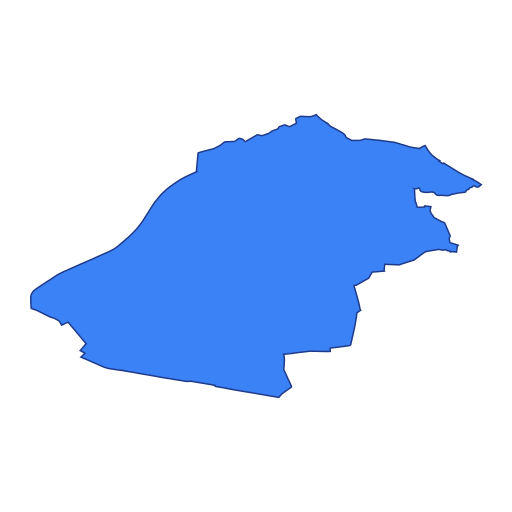 outline of Bērzes pag., Dobele, Latvia
{"feature_id": "27541924B54193972681718", "entity_name": "Bērzes pag.", "entity_type": "district", "adm_level": 2, "iso_a3": "LVA", "parent_name": "Latvia", "parent_adm1": "Dobele", "projection": "robinson", "projection_center": [23.414, 56.655], "detail": "fine", "context": "isolated", "style": "filled", "palette": "blue", "viewbox_px": 512, "rotation_deg": 0, "n_neighbors": 0, "source": "geoboundaries", "source_scale": "gbopen_adm2", "svg_char_len": 5915}
<svg xmlns="http://www.w3.org/2000/svg" viewBox="0 0 512 512"><path d="M279.0,397.2L280.1,395.9L281.2,394.6L282.1,393.7L291.1,387.3L291.5,386.8L291.5,386.3L288.7,380.3L288.6,380.2L287.6,378.0L287.3,377.3L285.6,373.4L283.9,369.9L283.8,369.6L283.9,367.8L284.1,366.1L284.4,359.9L284.3,359.0L284.3,357.9L284.2,357.2L284.1,356.3L284.0,356.1L283.9,355.6L283.7,354.8L283.6,354.7L283.5,354.3L293.1,353.3L293.7,353.1L309.9,351.2L317.9,351.3L319.8,351.4L326.7,351.5L327.8,351.5L330.3,351.4L330.1,348.8L330.3,348.0L333.4,347.7L335.7,347.4L338.5,347.1L338.8,347.1L339.5,346.9L340.2,346.8L343.1,346.5L347.7,345.9L349.6,345.5L350.1,345.3L350.5,345.1L350.7,344.7L354.5,327.8L355.0,325.1L355.1,324.5L356.5,316.5L356.8,312.9L357.0,312.8L360.7,310.2L360.3,309.8L359.7,307.5L359.6,306.6L358.8,303.0L358.6,302.8L358.7,302.6L354.0,285.6L356.1,285.0L356.3,285.2L366.0,279.7L368.7,278.2L369.7,276.4L372.1,272.3L372.2,272.1L384.3,271.1L384.1,270.8L384.7,264.3L395.3,264.7L398.9,264.9L405.9,262.6L411.0,261.0L413.2,260.3L414.1,260.0L414.7,259.6L420.4,255.3L420.7,255.1L423.5,253.1L425.0,252.0L425.4,251.8L425.7,251.7L428.4,251.1L438.7,249.4L442.5,250.1L443.4,250.2L443.6,250.2L444.6,249.8L445.0,249.7L445.5,249.7L446.2,250.0L447.2,250.6L449.0,250.9L450.7,252.0L450.8,251.8L450.9,251.5L456.5,252.1L457.3,246.2L458.2,245.2L449.9,242.6L449.3,239.6L449.2,239.0L449.3,238.5L449.3,238.2L450.0,236.5L450.1,236.2L450.1,235.6L450.0,235.3L449.1,233.3L446.4,226.9L444.8,223.3L444.7,223.1L444.5,222.8L444.3,222.7L444.1,222.5L443.7,222.4L441.9,221.7L441.4,221.5L440.4,221.0L437.1,219.2L434.3,217.7L433.9,217.3L433.5,216.8L433.1,216.2L432.5,215.1L432.3,214.8L432.0,214.5L431.7,214.4L431.2,213.8L430.7,212.0L430.3,211.4L430.1,210.6L430.2,210.0L430.9,206.6L428.2,206.3L424.7,205.9L424.5,206.0L424.5,206.6L424.4,207.1L417.7,207.3L417.2,207.2L416.8,206.0L416.8,205.7L416.1,203.0L415.3,201.7L414.8,195.9L414.5,189.6L414.5,188.8L414.4,188.7L415.0,188.8L415.9,188.8L416.4,188.7L417.0,188.7L417.6,188.3L418.3,188.1L418.8,188.1L419.1,188.2L419.3,188.2L419.5,188.3L419.7,188.6L419.8,189.1L420.0,190.1L420.2,190.4L420.3,190.6L421.1,191.4L421.3,191.5L421.7,191.7L422.3,191.9L423.5,192.1L424.1,192.2L426.2,192.4L426.7,192.4L428.1,192.3L428.9,192.3L430.1,192.1L430.9,192.0L432.3,192.1L433.4,192.3L434.2,192.6L434.6,192.8L435.2,193.7L435.7,194.3L436.5,194.8L437.1,195.2L437.8,195.3L438.8,195.4L440.7,195.3L441.7,195.3L442.1,195.3L443.4,195.4L444.8,195.6L445.4,195.6L447.2,195.7L447.9,195.6L449.3,195.4L449.8,195.3L450.4,194.9L451.1,194.5L451.9,194.2L452.3,194.2L452.7,194.2L453.6,194.0L457.4,193.2L458.5,193.0L459.4,192.8L461.0,192.7L462.0,192.6L462.8,192.5L464.8,192.2L465.4,192.1L465.6,191.9L465.9,191.4L466.1,191.0L466.2,190.6L466.7,190.1L467.1,189.9L468.6,189.4L468.9,189.1L469.4,188.1L469.8,187.8L471.1,187.4L471.8,187.2L472.3,186.8L473.0,186.2L473.5,186.0L473.9,185.9L474.5,185.9L475.4,186.3L476.0,186.7L476.1,186.8L476.7,187.0L477.1,187.1L477.7,187.1L478.1,187.0L478.5,186.9L479.1,186.5L480.9,185.0L481.3,184.7L477.7,182.2L474.8,180.5L472.6,179.5L472.9,179.2L464.3,175.4L462.2,174.3L458.8,172.4L457.0,171.3L443.7,163.1L442.9,163.7L439.1,161.3L439.8,160.7L437.1,159.1L433.8,156.6L431.9,155.0L430.7,153.7L429.4,152.2L428.6,151.0L428.1,150.4L425.1,145.5L422.6,146.6L419.4,148.4L419.4,148.5L413.9,147.7L410.4,147.1L403.4,144.9L401.3,144.4L399.4,143.7L393.6,142.1L392.7,142.1L379.4,140.3L373.8,139.8L372.6,139.6L372.4,139.6L372.2,139.6L364.9,138.9L360.2,140.4L353.9,140.4L351.8,140.5L349.5,139.2L346.1,137.5L345.2,135.3L345.1,135.2L343.6,133.7L342.5,132.9L337.3,129.9L330.9,126.5L330.7,126.5L327.9,123.9L328.0,123.8L326.6,122.7L326.4,122.8L321.9,119.9L320.9,119.1L319.2,117.6L319.0,117.4L317.8,116.3L316.3,114.6L314.2,115.5L313.8,115.8L310.4,116.7L308.7,116.7L304.4,116.5L301.4,116.3L300.9,116.3L300.6,116.3L299.8,116.6L298.0,117.5L296.2,118.3L295.8,118.7L295.8,119.0L295.8,119.7L296.1,121.3L296.2,122.0L296.3,123.0L296.2,123.2L295.9,123.5L294.4,124.3L292.5,125.2L291.1,125.9L290.8,126.1L289.8,126.5L289.4,126.5L288.9,126.5L288.2,126.3L286.5,125.5L285.4,125.0L284.9,124.9L284.7,124.9L283.5,125.2L281.8,125.9L279.8,126.5L279.2,126.9L278.0,128.6L277.7,128.8L276.8,129.3L274.8,130.0L272.1,131.0L271.7,131.2L269.3,133.1L262.6,135.5L262.1,135.6L261.6,135.6L260.8,135.4L257.2,134.8L252.7,137.4L248.5,139.8L246.7,140.9L245.6,141.5L245.4,141.6L244.9,141.5L243.1,139.6L242.9,139.4L239.7,138.3L239.2,138.4L237.9,139.0L237.7,139.2L236.4,140.2L235.1,141.4L229.3,141.7L225.9,141.8L225.0,141.9L224.4,142.1L224.1,142.3L220.4,145.2L217.9,146.6L213.7,148.7L212.9,149.0L212.0,149.1L200.2,152.2L198.1,153.0L197.8,155.9L197.5,159.1L196.4,171.1L196.8,171.6L188.2,175.5L185.4,176.9L183.5,177.9L180.4,179.6L176.4,182.2L172.9,184.6L169.7,186.9L168.7,187.7L166.1,189.8L164.2,191.6L162.4,193.3L161.1,194.6L160.2,195.6L155.0,201.9L153.1,204.6L152.2,206.0L147.3,213.8L145.8,216.1L143.0,220.6L140.7,223.8L137.1,228.4L133.0,232.8L128.3,237.3L119.3,245.0L117.8,246.3L116.7,247.1L114.9,248.4L113.3,249.4L109.5,251.4L96.8,257.0L92.0,259.2L80.5,264.2L65.4,270.9L62.5,272.2L59.8,273.6L58.0,274.5L56.9,275.2L54.1,277.0L53.1,277.7L51.2,279.0L50.1,279.7L49.6,280.1L48.6,280.6L36.5,288.6L34.8,289.9L33.7,290.8L32.8,291.9L31.6,293.8L31.2,294.8L30.7,296.9L30.8,302.2L30.9,303.4L31.0,304.4L31.0,305.7L31.0,306.3L31.1,307.5L31.2,308.1L31.3,308.4L31.8,308.6L37.1,310.5L38.6,311.3L38.9,311.4L46.9,315.4L50.2,317.0L53.2,317.9L54.7,318.4L55.4,318.9L58.5,320.5L59.6,321.6L61.7,325.2L65.4,323.3L66.4,322.9L68.2,322.3L86.1,343.7L80.2,350.6L85.0,353.2L80.9,357.1L94.8,363.1L101.3,366.0L104.4,367.3L107.6,368.2L107.6,368.3L109.0,368.6L113.9,369.3L121.1,370.4L121.2,370.1L123.3,370.4L123.2,370.7L129.1,371.7L133.3,372.3L136.1,372.9L144.7,374.4L147.9,374.9L160.7,377.2L161.4,377.4L165.6,378.0L186.2,381.4L191.4,381.3L199.4,382.7L202.7,383.2L212.1,384.8L215.3,385.5L215.3,386.4L225.9,388.2L226.4,388.1L226.8,388.5L240.3,390.9L251.9,392.8L278.8,397.4L279.0,397.2Z" fill="#3b82f6" stroke="#1e3a8a" stroke-width="1.5"/></svg>